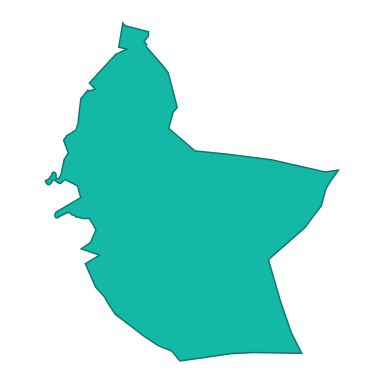 Santiago Huajolotitlán, Oaxaca, Mexico (Albers equal-area conic projection)
{"feature_id": "50627088B70096556657252", "entity_name": "Santiago Huajolotitlán", "entity_type": "district", "adm_level": 2, "iso_a3": "MEX", "parent_name": "Mexico", "parent_adm1": "Oaxaca", "projection": "albers", "projection_center": [-97.715, 17.814], "detail": "fine", "context": "isolated", "style": "filled", "palette": "teal", "viewbox_px": 384, "rotation_deg": 0, "n_neighbors": 0, "source": "geoboundaries", "source_scale": "gbopen_adm2", "svg_char_len": 1603}
<svg xmlns="http://www.w3.org/2000/svg" viewBox="0 0 384 384"><path d="M338.5,170.1L325.1,172.0L315.0,169.7L271.6,159.8L226.9,154.1L195.0,150.9L169.9,129.4L168.7,128.4L171.5,118.2L173.1,112.4L177.2,107.4L172.2,88.0L168.1,72.6L163.3,66.3L148.7,49.5L146.2,46.6L146.3,45.8L146.4,45.0L146.7,44.5L144.1,41.3L146.9,38.1L148.2,36.2L148.5,34.4L148.5,31.8L129.4,26.8L125.5,26.0L122.8,23.0L118.7,47.3L127.0,49.0L115.7,54.4L100.3,71.1L89.4,83.0L95.3,89.2L88.5,91.1L87.9,90.1L80.8,98.7L79.1,113.5L78.1,122.9L76.0,129.9L72.8,131.9L66.8,135.7L66.7,135.7L63.6,140.3L64.8,143.5L68.3,153.2L64.2,159.4L61.8,170.5L61.7,170.9L61.1,174.1L60.2,175.9L59.0,178.2L57.1,179.1L56.0,177.1L56.1,175.3L55.9,173.7L54.2,172.1L52.4,172.8L51.2,176.0L49.9,177.3L48.8,178.8L47.5,179.7L45.5,180.5L45.6,182.1L47.8,184.5L49.6,184.7L51.5,182.8L52.5,180.1L53.6,179.8L55.0,180.6L58.6,183.1L60.5,183.5L60.9,183.2L61.3,182.8L64.0,180.5L65.1,179.6L65.7,179.9L69.0,181.5L70.9,182.5L76.3,185.2L77.5,185.8L80.7,197.6L57.1,211.5L55.9,212.4L54.9,214.3L54.9,215.8L55.7,217.6L57.2,218.0L58.4,217.2L60.0,216.2L67.1,212.8L69.3,212.5L70.8,213.8L72.4,215.1L74.5,215.0L75.6,216.9L79.3,217.4L81.8,218.2L84.6,218.7L86.6,218.5L89.2,218.4L94.4,226.7L95.9,230.0L90.5,242.5L81.2,248.9L99.5,255.1L85.3,263.7L95.6,287.1L104.9,297.3L105.7,299.5L115.1,314.2L130.8,326.1L144.4,336.5L154.1,342.9L158.0,345.5L171.9,351.2L179.9,361.0L231.4,353.6L253.8,352.5L274.8,352.9L301.7,353.3L291.4,333.0L280.3,300.7L280.2,300.3L268.4,259.6L284.9,245.2L304.6,227.9L321.3,205.8L323.9,196.1L326.0,188.6L330.4,181.4L338.5,170.1Z" fill="#14b8a6" stroke="#0f766e" stroke-width="1.5"/></svg>